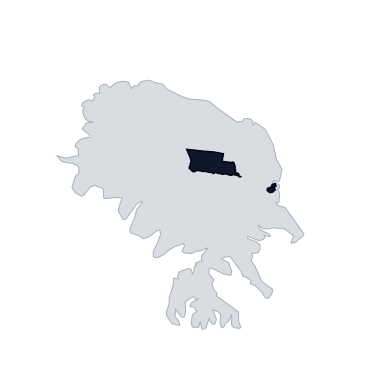 Ásahreppur, Suðurland, Iceland (highlighted), rotated 235°
{"feature_id": "244011B31453435550318", "entity_name": "Ásahreppur", "entity_type": "district", "adm_level": 2, "iso_a3": "ISL", "parent_name": "Iceland", "parent_adm1": "Suðurland", "projection": "albers", "projection_center": [-19.181, 64.281], "detail": "fine", "context": "in_parent", "style": "filled", "palette": "ink", "viewbox_px": 384, "rotation_deg": 235, "n_neighbors": 0, "source": "geoboundaries", "source_scale": "gbopen_adm2", "svg_char_len": 8200}
<svg xmlns="http://www.w3.org/2000/svg" viewBox="0 0 384 384"><g transform="rotate(235 192 192)"><path d="M276.4,113.1L279.2,113.2L283.7,110.8L289.9,104.2L292.6,102.7L299.0,102.3L291.6,108.7L289.2,115.4L287.2,118.7L287.3,120.2L293.1,123.7L295.7,122.2L296.8,122.7L298.0,124.5L299.0,128.1L298.8,132.0L297.5,135.9L295.5,139.3L295.9,140.3L297.7,140.7L306.7,138.1L308.1,142.7L309.0,144.2L308.9,145.8L305.6,151.1L309.7,147.6L313.0,146.5L318.9,147.6L321.5,149.2L323.1,152.3L326.0,151.1L327.4,152.8L327.7,154.8L326.8,160.2L323.6,163.2L326.0,166.9L327.8,166.9L328.1,167.7L328.2,170.1L325.7,173.0L330.4,175.6L331.1,176.7L331.1,180.2L330.5,182.2L329.2,183.5L326.0,183.9L324.2,185.4L325.0,187.4L324.9,193.3L322.7,198.3L320.5,201.0L318.3,202.9L311.6,201.5L312.2,205.6L310.0,208.4L310.7,210.5L311.6,211.5L311.3,214.2L308.8,220.1L306.8,222.1L302.7,224.6L296.9,230.1L290.7,230.4L275.8,238.6L270.0,242.9L259.6,255.3L255.1,258.6L247.3,260.4L223.7,268.9L221.1,273.6L221.0,274.7L222.1,276.4L220.4,279.8L216.8,282.3L215.1,282.3L212.1,280.3L211.7,281.3L212.9,283.7L201.2,287.9L184.9,285.8L170.5,280.0L159.1,278.7L151.2,270.5L151.1,269.2L152.0,266.8L154.9,265.8L153.5,263.3L148.6,267.5L147.1,267.3L145.0,265.6L145.0,263.9L141.0,263.1L134.2,257.8L133.7,256.6L135.4,255.0L135.1,254.7L131.4,254.8L125.8,259.3L93.3,259.7L92.3,257.2L91.5,247.9L92.9,244.1L94.2,244.5L97.7,250.0L106.4,247.5L110.0,245.7L113.5,240.8L115.4,239.2L118.2,233.0L121.0,229.2L126.5,227.5L121.7,226.2L113.5,231.0L110.8,230.9L112.1,228.7L115.0,226.3L113.1,226.0L112.4,224.9L112.4,222.5L114.0,218.7L123.7,212.3L121.6,210.9L114.8,215.9L110.0,217.4L106.2,214.9L104.5,211.6L104.7,210.2L107.2,206.2L106.8,205.4L105.3,205.0L101.3,201.0L94.7,201.0L78.6,197.9L66.0,202.2L63.2,199.6L61.2,194.2L61.8,192.3L64.1,191.3L70.0,191.9L79.0,190.0L83.2,187.3L84.7,188.1L85.3,189.6L90.8,187.7L93.9,185.2L98.6,186.7L116.9,186.2L119.4,182.8L120.6,178.7L120.2,177.9L113.3,181.4L111.8,181.3L104.2,178.9L101.5,176.4L102.5,174.7L106.8,170.9L117.5,164.8L119.0,163.5L119.2,161.9L115.2,159.0L107.4,159.4L105.6,155.9L99.3,153.6L95.0,154.6L92.8,152.5L66.9,161.3L59.1,155.9L53.3,154.6L52.9,153.0L56.7,148.7L59.1,148.0L61.4,148.6L65.6,152.2L68.6,153.5L65.1,148.4L65.2,143.9L64.1,142.6L63.2,139.5L63.8,138.5L68.3,139.5L75.3,145.3L78.9,144.6L83.8,141.6L73.5,138.9L70.6,134.6L73.0,132.6L78.4,133.2L72.9,125.7L72.7,124.4L73.9,121.3L81.2,124.6L77.6,120.1L77.5,119.2L78.7,118.5L79.5,115.9L81.4,115.0L85.1,116.2L90.7,121.4L91.4,122.8L91.4,127.8L93.7,127.2L96.4,128.0L98.9,124.8L100.4,125.7L101.5,128.8L101.0,135.4L102.7,133.2L105.5,133.1L106.2,127.7L105.9,123.3L97.2,117.8L94.0,113.9L94.4,112.7L96.2,111.6L105.6,111.3L101.7,108.9L100.8,106.6L93.8,107.1L90.3,106.0L90.3,104.8L91.8,103.3L96.2,100.1L104.3,100.2L107.5,101.3L113.4,109.1L118.2,112.4L126.2,123.0L131.5,127.1L131.7,128.1L130.8,129.2L128.7,130.5L131.8,132.4L133.7,135.1L133.8,136.3L131.7,144.4L129.6,147.0L124.6,145.3L125.7,147.9L129.2,150.9L130.0,152.4L129.4,154.0L131.1,153.5L131.6,154.4L130.7,159.1L129.7,160.7L132.7,161.8L134.7,164.2L137.0,173.6L138.6,166.5L139.4,163.8L140.7,162.9L142.3,155.6L145.9,151.3L149.1,149.7L152.2,154.9L154.6,155.5L157.2,146.5L157.7,139.9L157.1,132.5L157.6,127.3L159.3,124.2L161.4,123.3L165.8,126.5L169.5,133.8L175.1,141.7L179.0,143.8L179.7,143.5L180.4,140.9L179.9,130.5L181.8,125.0L186.4,123.6L193.4,118.5L195.0,118.4L198.5,121.3L204.8,131.7L209.3,136.5L211.8,144.2L212.9,145.6L213.8,143.2L213.8,139.8L208.2,123.8L208.1,121.6L208.6,119.9L218.3,120.6L220.5,122.3L227.4,131.3L230.6,127.5L236.8,116.4L239.0,116.7L244.7,120.9L246.9,120.4L253.3,116.2L254.4,111.2L251.3,101.0L252.3,98.9L258.1,96.1L264.6,96.2L271.7,105.4L272.2,109.8L276.4,113.1Z" fill="#d9dde1" stroke="#a8b0b8" stroke-width="1"/><path d="M208.2,204.5L208.1,204.8L207.8,204.8L207.8,205.0L207.6,205.3L207.4,205.5L207.3,205.9L207.3,206.0L207.5,206.1L207.4,206.3L207.3,206.5L207.1,206.9L207.1,207.1L207.1,207.3L207.0,207.5L207.0,207.8L206.9,207.9L206.9,208.1L206.8,208.4L206.7,208.6L206.6,208.8L206.3,208.8L206.2,208.9L206.2,209.2L206.1,209.3L206.2,209.5L205.9,209.9L205.8,210.1L205.6,210.3L205.3,210.4L205.2,210.4L205.2,210.6L204.9,210.8L204.1,211.3L203.9,211.4L203.8,211.5L203.5,212.0L203.4,212.3L203.2,212.4L202.9,212.4L202.7,212.4L202.6,212.6L202.4,212.8L202.4,213.0L202.3,213.5L202.1,213.7L201.9,214.0L201.6,214.3L201.5,214.5L201.4,214.6L201.3,214.9L201.0,215.1L200.9,215.3L200.6,215.3L200.2,215.6L199.9,215.7L199.8,215.8L199.8,216.2L199.9,216.4L199.8,216.6L199.6,216.7L199.4,216.7L199.2,216.7L198.8,216.8L198.5,217.1L198.4,217.3L198.0,217.7L197.9,217.9L197.6,218.1L197.3,218.5L197.0,219.0L196.9,219.2L196.8,219.3L196.6,219.5L196.4,219.5L196.1,219.8L195.9,219.8L195.7,219.8L195.3,219.7L195.1,219.9L195.0,220.1L194.9,220.2L194.7,220.5L194.6,220.9L194.6,221.0L194.8,221.0L195.0,221.2L195.1,221.5L194.7,222.0L194.6,222.4L194.5,222.6L194.5,222.8L194.1,223.2L193.7,223.2L193.6,223.3L193.1,223.5L192.7,223.8L192.0,224.1L191.9,224.4L191.7,224.6L191.6,225.1L191.3,225.4L191.1,225.5L190.7,226.0L190.3,226.3L189.9,226.3L189.5,226.5L189.4,226.6L189.0,227.2L189.0,227.4L188.9,227.6L188.5,228.0L188.3,228.6L188.2,228.9L188.0,229.3L187.9,229.5L187.5,229.7L187.4,229.9L187.1,230.3L186.6,231.0L186.4,231.1L186.1,231.4L185.2,231.8L185.0,232.1L184.8,232.1L184.6,232.3L184.3,232.4L184.1,232.6L183.8,232.9L183.7,233.0L183.4,233.4L183.2,233.8L183.1,234.0L183.1,234.3L183.1,234.5L182.9,234.7L182.8,234.9L182.8,235.3L182.7,235.6L182.5,235.8L182.2,236.0L182.0,236.3L181.6,236.9L181.4,237.0L180.5,237.8L179.2,238.8L178.8,239.0L178.3,239.2L178.0,239.4L177.7,239.6L177.4,239.7L176.8,239.7L176.7,239.8L176.6,240.0L176.7,240.4L176.6,240.7L176.6,240.8L177.1,240.5L177.2,240.4L177.5,239.9L178.4,239.8L178.6,239.9L178.8,239.9L179.1,240.1L179.3,240.3L179.5,240.4L179.5,240.5L180.3,240.6L180.4,240.4L180.9,240.3L181.1,240.2L181.3,240.1L181.5,239.9L181.9,239.7L182.0,239.6L182.9,239.0L183.5,238.8L183.8,238.6L184.1,238.6L184.2,238.9L184.2,239.0L184.3,239.4L184.6,239.5L184.8,239.9L184.8,240.0L184.6,240.0L184.8,240.4L185.2,240.3L185.3,240.4L185.5,240.3L185.6,240.2L185.8,240.2L186.1,240.4L186.7,240.9L186.9,241.0L187.1,241.1L187.8,241.1L188.0,241.3L188.3,241.5L188.2,241.5L187.9,241.8L188.0,241.9L188.3,242.1L188.6,242.0L188.8,242.1L189.1,242.1L190.8,242.8L191.4,242.9L191.5,243.0L191.6,242.9L191.8,242.8L192.2,242.8L192.4,243.0L192.6,243.0L192.7,242.9L192.9,242.9L193.0,242.8L193.7,241.0L197.8,236.5L199.8,234.2L202.1,236.4L204.0,238.5L204.9,239.3L205.4,239.7L205.5,239.5L206.1,238.9L206.3,238.6L206.5,238.4L207.8,237.3L209.5,235.7L210.7,234.2L211.0,234.0L211.5,233.8L212.0,233.1L212.4,232.7L212.7,232.3L213.3,231.6L215.3,229.1L215.9,228.5L217.9,225.9L224.8,218.1L230.0,212.1L220.9,210.2L218.5,209.2L217.6,208.8L217.3,208.6L216.8,207.9L216.5,207.1L216.2,207.0L215.9,206.8L215.7,206.5L215.5,206.4L215.4,206.3L215.4,206.1L215.2,206.0L214.9,206.0L214.9,205.7L214.7,205.5L214.6,205.3L214.6,205.2L214.5,204.9L214.4,204.8L214.2,204.7L214.3,204.5L214.3,204.4L214.2,204.2L213.8,204.0L213.5,204.1L213.5,203.9L213.4,203.9L213.3,203.7L213.0,203.7L212.9,203.6L213.0,203.5L212.9,203.4L212.8,203.5L212.7,203.5L212.2,203.6L211.8,203.5L211.7,203.7L211.4,203.7L211.3,203.8L211.2,203.8L211.2,204.0L210.9,204.1L210.6,204.1L210.4,204.1L210.2,204.2L210.1,204.3L209.7,204.4L209.7,204.1L209.1,204.2L208.9,204.4L208.7,204.2L208.3,204.4L208.2,204.5ZM146.1,261.3L146.3,261.3L146.5,261.4L146.7,261.2L146.8,261.1L147.0,261.0L147.4,261.7L147.5,261.7L148.3,262.1L148.5,262.0L148.6,262.3L148.6,262.5L148.7,262.8L148.8,263.0L148.7,263.7L148.7,263.9L148.6,264.1L151.1,265.1L152.2,262.2L151.7,261.1L151.1,260.6L149.6,261.3L149.4,261.3L149.5,261.2L149.5,260.7L150.5,260.1L150.5,259.9L150.6,259.7L150.7,259.4L150.8,259.4L150.9,259.0L150.8,258.9L150.9,258.7L151.0,258.5L151.0,258.4L150.7,258.3L150.5,258.2L150.4,257.6L150.5,257.7L151.1,257.4L151.3,257.4L151.3,257.2L151.7,256.0L151.0,255.8L151.0,255.0L149.8,254.4L149.5,254.7L149.3,254.9L148.9,254.9L148.3,254.9L148.2,254.9L148.0,255.3L147.7,255.3L147.4,255.5L147.0,255.6L146.8,255.6L146.8,255.8L146.8,256.0L146.5,256.4L146.1,256.9L146.0,257.3L145.9,257.5L145.8,257.9L145.7,258.0L145.7,258.6L145.7,259.0L145.7,259.4L145.9,259.7L146.1,260.1L146.2,260.5L146.3,260.6L146.3,260.9L146.2,261.1L146.1,261.3Z" fill="#0f172a" stroke="#020617" stroke-width="1.5"/></g></svg>